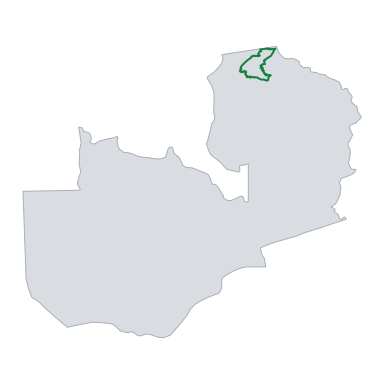 location of Nsama, Northern, Zambia
{"feature_id": "96606910B46360514720663", "entity_name": "Nsama", "entity_type": "district", "adm_level": 2, "iso_a3": "ZMB", "parent_name": "Zambia", "parent_adm1": "Northern", "projection": "orthographic", "projection_center": [30.06, -8.814], "detail": "fine", "context": "in_parent", "style": "outline", "palette": "green", "viewbox_px": 384, "rotation_deg": 0, "n_neighbors": 0, "source": "geoboundaries", "source_scale": "gbopen_adm2", "svg_char_len": 7462}
<svg xmlns="http://www.w3.org/2000/svg" viewBox="0 0 384 384"><path d="M265.6,266.9L246.5,266.9L239.6,268.4L233.9,270.8L227.1,274.5L223.2,277.1L222.2,278.5L221.7,281.6L221.7,286.4L221.0,289.9L219.0,293.1L208.8,297.0L202.1,300.1L195.5,303.9L190.6,308.8L187.3,314.7L181.8,322.1L170.2,335.2L163.4,337.7L157.7,337.2L150.8,334.6L145.3,334.1L141.3,335.9L137.6,335.4L134.1,332.7L131.2,331.7L128.9,332.5L125.9,332.4L120.4,330.9L115.6,326.3L113.0,324.4L111.0,323.7L105.4,323.0L92.5,322.2L79.2,324.7L67.5,327.3L55.2,317.1L43.2,306.3L40.7,303.5L36.2,299.9L33.0,298.2L31.7,297.3L28.2,287.5L26.1,278.5L23.0,191.3L76.5,190.3L80.0,189.9L80.1,188.9L77.5,184.3L77.6,182.7L78.2,179.5L80.4,173.1L80.5,171.0L79.2,164.1L79.3,160.2L79.7,152.4L79.3,149.8L80.5,146.3L80.8,144.0L81.3,142.9L80.7,140.3L79.4,131.0L78.7,127.2L81.9,127.7L83.0,129.6L83.7,131.7L85.2,131.7L89.0,132.9L90.4,134.6L91.4,138.3L90.9,140.2L89.7,141.8L90.9,143.1L93.5,144.0L95.0,143.7L99.3,141.1L103.3,140.1L105.3,139.4L114.2,137.6L116.0,136.7L117.2,136.7L118.1,137.4L117.4,140.1L117.1,142.4L118.3,146.8L119.2,148.9L121.0,150.3L122.4,151.1L123.9,152.7L127.0,152.3L133.9,154.5L136.0,155.5L138.9,156.5L140.9,156.9L148.0,157.6L155.5,158.8L159.3,158.9L162.0,158.5L164.0,157.9L165.1,157.2L165.7,156.5L168.4,148.1L169.8,147.5L171.6,147.0L172.7,147.8L174.0,153.1L179.4,157.8L181.3,161.8L182.7,165.2L183.9,166.1L185.9,167.3L189.2,167.7L192.1,167.8L206.6,173.6L208.2,174.6L210.0,177.7L211.1,181.2L212.3,184.0L214.2,184.5L215.8,184.7L217.5,186.6L218.7,188.3L223.1,195.2L223.7,197.9L225.8,199.7L228.6,200.5L231.2,200.6L232.7,199.8L236.4,198.4L239.2,196.7L241.3,196.2L242.6,196.5L243.5,197.6L244.2,201.0L246.2,202.2L247.7,201.7L248.3,200.4L248.3,199.7L248.3,163.8L246.9,164.0L245.3,165.0L241.4,165.2L239.9,165.9L239.5,167.1L239.8,168.6L239.9,170.6L239.3,171.6L237.6,172.0L235.2,171.2L230.8,170.2L227.1,169.5L224.4,166.8L220.8,162.8L218.5,160.7L212.8,156.5L211.9,155.7L210.1,153.7L208.6,150.3L207.2,146.4L206.4,144.0L207.8,140.1L211.0,127.6L211.8,123.7L214.5,119.8L214.7,116.3L213.6,111.7L213.8,109.2L214.1,94.9L213.4,90.4L211.5,85.4L207.3,78.4L207.3,77.0L213.7,72.4L215.5,70.7L218.8,67.0L221.0,63.9L222.4,61.3L222.9,58.1L221.8,55.0L224.0,54.3L276.3,46.3L277.0,48.4L278.6,52.0L280.4,54.6L282.6,56.9L284.5,58.3L285.8,58.7L293.8,58.6L296.7,60.0L299.2,61.8L299.8,64.5L301.5,66.2L303.3,67.6L304.0,67.7L305.3,67.4L307.5,67.4L309.5,68.0L310.4,68.6L310.5,70.9L311.1,71.9L313.8,72.3L316.6,72.5L319.3,74.1L322.1,74.4L325.5,75.0L327.0,76.7L330.6,78.5L334.9,80.0L339.7,82.6L339.7,83.4L340.5,84.9L341.4,86.0L341.4,87.5L341.8,89.0L343.0,89.4L344.1,89.5L345.0,88.4L346.3,88.5L347.7,89.1L348.1,90.8L349.2,93.1L351.0,94.7L352.1,96.2L351.7,98.9L350.9,101.4L353.3,103.9L356.4,106.2L357.2,107.3L357.4,110.8L357.9,111.9L360.0,114.8L361.0,116.8L360.9,117.9L355.2,123.5L351.7,124.4L350.1,125.5L349.2,126.8L351.4,132.5L352.6,134.6L351.5,137.3L349.2,141.9L348.2,142.3L348.0,145.8L348.6,147.0L349.7,148.0L350.2,150.4L350.0,156.3L348.5,162.9L351.0,168.7L351.9,169.4L355.4,169.4L356.0,169.9L355.1,171.6L352.6,174.1L348.1,176.0L341.7,178.2L340.3,180.3L339.4,183.3L340.1,185.1L341.0,186.1L340.7,188.8L340.1,191.6L340.2,193.8L339.9,195.8L339.1,196.7L337.9,199.7L336.5,202.6L335.4,203.9L333.8,205.3L331.2,206.5L331.3,207.1L334.1,208.5L334.9,209.4L335.1,210.1L333.9,211.6L335.2,212.5L336.8,213.3L338.3,215.2L340.0,219.0L340.3,219.3L340.8,219.4L341.8,219.0L343.6,217.5L344.9,217.0L346.4,219.1L319.6,228.1L313.3,229.9L303.9,233.1L300.8,234.3L298.4,235.5L273.5,242.6L269.7,244.0L260.9,247.6L260.6,248.2L260.7,249.9L261.5,253.3L263.0,256.4L264.3,258.2L265.1,262.8L265.6,266.9Z" fill="#d9dde1" stroke="#a8b0b8" stroke-width="1"/><path d="M247.0,77.2L248.2,77.1L248.5,76.7L249.0,76.7L249.1,76.8L249.3,76.9L249.5,76.8L249.8,77.1L250.1,77.4L250.2,77.1L250.4,76.9L250.4,76.7L250.7,76.7L250.8,76.7L251.0,76.7L251.3,76.8L251.5,76.9L251.9,77.0L252.1,77.0L252.7,77.2L253.1,77.2L253.2,77.4L253.3,77.4L253.8,77.4L254.0,77.4L254.0,77.2L255.2,77.2L255.4,77.3L256.5,77.3L257.1,77.5L257.6,77.8L258.7,78.4L261.2,79.5L261.4,79.5L261.7,79.5L261.9,79.6L262.3,79.6L262.9,79.6L263.4,79.5L264.0,79.5L264.6,79.7L264.9,80.0L265.6,80.4L266.1,80.4L266.4,80.5L266.6,80.5L266.9,80.2L267.1,80.1L267.3,80.0L267.7,80.2L267.7,80.4L267.9,80.4L268.1,80.8L268.1,80.6L268.2,79.9L268.2,79.6L268.2,79.2L268.4,78.5L268.4,78.3L268.4,78.1L268.6,77.6L268.8,77.2L269.0,76.8L269.0,76.7L269.2,76.4L269.4,76.3L269.5,76.2L270.0,75.9L270.3,75.7L270.5,75.6L270.6,75.4L270.4,75.3L270.2,75.3L270.1,75.2L269.9,75.0L269.7,75.0L269.4,75.1L269.2,75.1L268.9,75.2L268.6,75.3L268.6,75.2L268.1,75.0L267.9,74.9L267.5,74.9L267.4,74.8L266.9,74.9L266.8,75.0L266.7,75.0L266.5,74.8L266.4,74.8L266.3,74.6L266.5,74.4L266.4,74.3L266.1,74.2L266.0,74.4L266.0,74.5L265.8,74.5L265.7,74.7L265.7,75.0L265.4,74.8L265.2,74.5L265.0,74.4L265.2,74.0L265.0,73.8L264.9,73.4L264.7,73.2L264.4,73.3L264.0,73.0L263.9,72.9L263.9,72.7L263.8,72.2L263.7,72.1L263.4,71.8L263.5,71.6L263.6,71.8L263.7,71.7L263.7,71.4L263.5,71.0L263.4,70.9L263.0,71.1L262.9,71.0L262.9,70.9L262.9,70.7L263.1,70.6L262.7,70.4L262.7,70.1L262.4,70.4L262.0,70.3L261.9,70.2L262.1,70.0L262.3,70.0L262.4,69.9L262.5,69.8L262.7,69.7L262.3,69.4L262.2,69.1L262.1,68.9L262.3,68.9L262.5,69.0L262.6,68.9L262.4,68.6L262.1,68.6L261.8,68.3L261.7,68.2L261.4,68.1L261.7,67.9L261.9,68.0L262.0,68.0L262.4,67.6L262.2,67.4L262.0,67.1L261.9,67.0L261.6,67.1L261.4,67.1L261.2,67.2L260.8,67.0L260.6,66.7L260.7,66.3L260.8,66.4L260.8,66.2L260.7,66.2L260.6,65.7L260.8,65.5L261.1,65.3L261.5,65.2L261.7,64.9L261.8,64.9L261.9,64.7L262.1,64.7L262.4,64.7L262.5,64.7L262.7,64.4L262.8,64.4L263.0,64.4L263.4,64.2L263.5,64.0L263.8,64.1L264.0,63.9L264.4,63.9L264.5,64.0L264.8,64.0L264.8,63.9L264.5,63.7L264.5,63.4L264.5,62.6L264.5,62.3L263.9,60.9L264.0,60.7L264.3,60.3L265.0,60.2L265.3,60.1L265.4,59.8L265.3,59.5L271.1,55.7L273.2,52.1L275.0,48.9L270.8,49.3L270.5,49.3L270.4,49.2L270.2,48.9L269.9,48.8L269.6,49.0L269.3,49.0L269.0,49.2L268.8,49.2L268.1,48.6L267.8,48.6L267.5,48.7L267.1,48.9L266.8,48.6L260.5,49.5L260.5,49.8L260.5,50.3L260.7,50.6L260.5,50.8L260.5,51.0L260.4,51.0L260.2,51.1L260.3,51.2L260.2,51.2L260.2,51.4L260.0,51.7L259.8,51.8L259.7,51.9L259.6,52.0L259.4,52.0L259.2,52.2L259.2,52.3L259.2,52.5L258.9,53.0L258.5,53.4L258.2,53.9L258.2,54.0L258.3,54.1L258.4,54.4L259.3,55.0L259.6,55.3L259.7,55.6L259.3,55.8L258.4,56.1L257.7,56.0L257.4,56.1L256.7,55.9L256.4,55.9L255.6,56.1L255.2,56.0L254.9,55.7L254.4,55.8L254.2,55.9L252.6,55.9L252.1,56.5L251.7,56.5L251.2,57.0L251.0,57.4L251.1,57.6L250.9,57.8L247.2,60.4L244.5,62.9L241.4,66.3L240.6,67.6L240.9,68.2L241.1,68.3L241.3,68.6L241.2,68.7L241.1,68.8L240.9,69.0L240.9,69.3L240.8,69.5L240.7,69.8L240.8,69.8L240.7,70.0L240.8,70.2L240.7,70.3L240.7,70.2L240.5,70.3L240.5,70.2L240.4,70.3L240.3,70.5L240.2,70.7L240.4,70.7L240.4,70.8L240.4,70.7L240.8,71.0L240.7,71.2L240.9,71.4L240.9,71.5L240.9,71.9L241.1,71.9L241.3,71.9L241.5,71.8L241.8,71.8L241.8,72.0L242.3,72.2L242.5,72.1L242.7,71.8L242.9,71.9L243.0,71.8L243.2,71.7L243.4,71.7L243.5,71.7L243.8,71.4L243.9,71.5L244.1,71.5L244.1,71.4L244.4,71.5L244.5,71.5L244.7,71.3L244.8,71.3L245.1,71.2L245.5,71.3L245.6,71.5L245.7,71.4L245.9,71.5L246.0,71.9L245.9,71.9L245.9,72.0L245.7,72.4L245.7,72.6L245.7,72.9L245.7,73.1L245.8,73.1L245.7,73.4L245.6,73.5L245.7,73.9L245.4,74.0L245.7,74.3L245.7,74.5L245.9,74.8L246.0,75.0L245.9,75.2L246.0,75.3L246.2,75.5L246.3,75.7L246.5,75.7L246.6,75.8L246.7,75.7L246.9,75.8L246.9,76.1L247.0,76.2L247.1,76.4L246.9,76.5L246.9,77.0L247.0,77.2Z" fill="none" stroke="#15803d" stroke-width="2"/></svg>